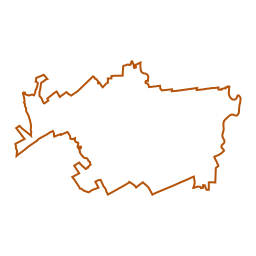 Probota, Iasi, Romania
{"feature_id": "2599482B12460610774115", "entity_name": "Probota", "entity_type": "district", "adm_level": 2, "iso_a3": "ROU", "parent_name": "Romania", "parent_adm1": "Iasi", "projection": "orthographic", "projection_center": [27.465, 47.391], "detail": "fine", "context": "isolated", "style": "outline", "palette": "amber", "viewbox_px": 256, "rotation_deg": 0, "n_neighbors": 0, "source": "geoboundaries", "source_scale": "gbopen_adm2", "svg_char_len": 5556}
<svg xmlns="http://www.w3.org/2000/svg" viewBox="0 0 256 256"><path d="M92.9,76.5L77.9,91.0L76.6,91.8L75.3,92.9L73.7,93.8L72.9,94.5L71.1,95.6L69.7,94.6L68.2,93.9L68.0,93.7L67.4,92.8L66.3,92.1L63.5,94.3L61.4,95.7L59.9,97.0L59.3,96.2L58.2,94.1L56.6,91.5L54.5,92.8L47.3,98.6L48.3,100.6L46.6,101.8L44.6,103.4L44.1,103.3L43.5,102.8L43.3,102.4L42.6,100.9L41.5,98.3L39.4,95.8L39.5,94.0L39.4,92.6L40.5,87.9L40.4,87.7L40.6,86.8L40.9,84.4L41.3,82.7L41.6,82.4L43.4,81.5L44.6,80.4L45.2,80.0L46.2,79.4L47.3,79.0L47.1,78.8L43.8,74.8L36.2,77.9L36.1,79.7L35.7,81.5L36.3,81.5L36.5,81.6L37.9,83.3L37.4,85.0L37.3,86.1L36.7,87.9L36.6,88.5L36.4,88.5L36.1,89.0L35.5,90.7L34.9,93.2L34.0,95.3L32.9,94.9L32.5,94.7L32.2,94.7L30.5,94.9L29.6,95.2L29.1,95.6L27.8,95.1L26.1,94.7L25.5,94.3L25.1,93.7L24.9,92.6L23.8,92.4L23.1,92.8L22.9,93.1L23.1,93.9L23.7,96.0L24.4,99.4L24.5,100.6L24.5,101.2L24.3,101.9L24.1,102.3L23.9,102.5L24.7,103.4L24.9,103.9L25.0,104.2L24.8,105.3L25.1,106.4L26.2,108.4L26.2,108.7L26.0,110.1L26.1,110.5L26.3,111.3L28.0,114.5L28.9,116.8L29.7,119.5L30.4,122.2L31.0,125.3L30.9,127.8L30.7,129.6L30.7,130.0L31.2,131.4L31.2,132.1L31.1,133.7L30.9,134.3L31.0,134.9L31.1,135.8L28.8,133.8L21.8,128.2L19.5,125.8L19.3,125.8L19.2,126.1L18.6,126.5L16.2,128.1L24.6,139.0L15.4,143.8L15.4,144.2L15.9,145.9L15.9,148.2L16.2,149.0L16.8,150.0L16.9,150.5L17.0,151.8L17.1,152.0L16.8,152.5L16.8,154.6L16.5,155.5L16.5,156.1L17.1,155.6L18.4,154.3L21.7,152.0L24.7,149.7L28.4,146.6L37.3,140.5L37.7,139.8L39.2,138.6L46.4,134.7L46.9,134.4L47.5,134.1L48.5,133.3L49.4,132.8L50.0,132.3L51.6,131.7L52.8,131.0L53.2,131.7L53.3,132.2L53.9,133.1L54.0,133.4L54.0,133.9L53.9,134.1L54.0,135.1L54.0,135.6L54.2,136.6L60.6,134.1L60.8,134.9L67.3,132.0L67.6,132.1L69.9,135.7L70.1,136.4L70.3,138.4L70.5,138.9L73.2,139.1L75.0,138.2L74.9,139.1L74.9,140.8L76.2,142.3L77.7,142.3L78.2,142.9L78.3,143.5L78.0,145.1L77.5,146.4L78.4,148.2L78.9,147.9L78.5,146.9L79.6,146.8L80.6,146.5L80.8,146.5L81.0,146.9L81.0,147.4L80.8,147.4L80.8,147.5L80.9,147.9L80.0,149.0L79.6,149.3L79.5,149.5L79.4,149.8L79.9,151.3L79.7,151.6L79.9,152.3L80.1,152.9L81.3,154.6L81.5,155.0L82.0,155.6L82.9,156.3L83.3,157.2L83.9,157.6L84.6,158.0L85.4,158.2L86.2,158.0L86.7,158.2L87.0,158.4L87.5,158.9L88.3,160.6L88.7,161.1L89.3,161.4L90.0,162.1L90.2,163.9L90.6,164.6L88.0,166.9L88.2,167.4L88.0,167.7L87.3,167.9L87.1,167.9L86.1,168.9L85.5,168.9L85.2,168.7L84.1,167.4L82.5,166.2L81.7,165.3L80.4,164.2L79.6,162.9L79.2,162.5L74.2,165.7L79.2,173.3L72.3,177.0L74.5,179.9L76.6,183.0L79.0,186.7L79.5,187.6L79.8,188.5L81.6,188.8L83.0,190.1L83.9,190.7L87.6,192.0L88.6,192.2L88.8,192.3L89.9,191.5L90.2,191.4L90.9,190.7L93.0,189.7L98.5,187.7L97.0,184.7L96.6,184.2L95.3,181.7L98.4,180.2L100.6,179.8L102.7,184.4L103.3,186.0L103.5,186.4L104.2,187.0L104.5,187.3L105.7,189.2L106.1,190.6L106.3,191.5L107.2,192.9L107.6,194.1L107.9,194.6L125.4,184.8L128.6,182.8L129.2,181.9L129.4,181.9L134.5,185.4L136.1,187.5L138.4,185.6L142.9,182.3L143.9,183.3L148.3,187.1L149.7,189.6L150.7,191.4L151.4,192.7L151.9,193.8L152.4,194.7L155.1,193.2L173.6,185.5L178.8,183.1L187.8,179.3L191.5,177.5L193.8,176.6L194.2,179.3L194.4,180.2L194.6,181.4L194.7,183.0L194.1,185.5L193.3,187.9L194.1,187.8L197.1,186.7L199.2,186.7L200.6,186.9L201.0,188.2L201.5,188.2L203.1,187.7L203.1,185.2L204.7,185.2L205.3,186.8L205.7,188.0L206.6,189.8L206.8,189.8L208.8,189.8L208.8,182.4L209.5,182.2L215.3,182.5L215.8,168.1L216.4,167.4L218.0,166.4L218.3,166.0L218.3,165.4L217.2,163.2L216.7,161.8L216.0,160.6L214.4,157.4L214.3,157.0L214.3,156.7L218.7,155.0L219.0,154.7L219.5,154.4L220.5,153.9L222.7,152.1L224.0,150.7L223.5,149.5L222.0,148.1L221.4,146.9L221.5,146.0L221.8,145.3L222.5,144.4L223.3,143.8L224.1,142.8L224.3,142.5L224.4,141.7L224.4,140.9L224.2,140.2L222.8,137.6L222.4,136.0L222.4,134.6L223.3,131.4L223.6,129.8L223.7,128.5L223.5,126.5L223.4,124.7L223.5,122.9L223.9,121.5L224.2,120.8L224.9,119.9L226.4,118.4L229.5,115.6L230.9,114.8L231.7,114.5L232.8,114.5L234.5,115.3L235.7,115.6L236.7,115.5L237.2,115.3L237.6,114.9L238.2,113.9L238.8,112.8L239.0,111.8L239.1,108.5L239.5,104.9L240.0,103.3L240.2,102.3L240.3,100.6L240.6,99.1L240.6,98.3L240.2,97.2L239.0,95.7L238.6,95.4L238.3,95.3L237.7,95.5L237.5,95.9L236.7,97.8L235.7,99.1L234.6,99.6L233.5,99.7L231.8,99.1L230.1,97.3L229.3,95.7L228.8,93.5L228.8,92.2L229.0,89.7L229.3,86.5L227.4,86.5L227.3,87.1L225.6,87.4L225.6,88.3L224.0,88.4L221.6,88.9L221.5,89.7L219.5,89.7L218.4,89.5L218.5,87.5L214.6,88.0L212.0,88.0L208.7,88.6L207.0,88.7L204.9,89.1L202.3,89.5L196.7,90.0L197.1,88.0L177.0,90.8L171.8,91.2L171.9,89.3L165.8,90.0L161.7,90.4L160.7,88.9L160.3,88.6L160.0,85.8L149.1,87.1L148.3,84.6L147.9,83.9L146.4,83.1L145.7,83.1L145.5,82.9L145.5,82.7L146.1,82.2L146.2,81.9L145.9,81.3L145.7,81.2L145.8,81.0L147.3,80.8L148.0,80.8L148.0,79.6L148.3,76.6L147.6,75.1L147.1,74.5L146.4,74.0L145.5,73.6L144.3,73.4L143.1,73.1L142.4,72.7L141.8,72.2L141.4,71.7L141.0,70.8L140.5,68.4L140.4,64.4L140.5,62.8L140.5,62.5L136.5,64.5L135.3,65.0L136.0,67.3L134.7,67.9L134.4,68.0L134.0,67.8L134.0,67.5L133.9,67.4L133.8,66.8L133.9,65.9L133.1,63.3L132.4,62.2L132.2,61.3L131.9,61.3L131.2,62.0L131.1,63.0L130.5,64.8L129.3,65.0L128.9,64.6L127.2,64.6L126.2,65.1L125.2,65.4L124.2,65.6L123.2,66.1L122.7,74.4L122.7,75.6L114.4,75.8L111.5,76.0L111.4,78.4L107.8,78.5L108.0,79.7L108.0,80.2L107.9,80.8L107.9,82.2L107.7,82.9L107.1,83.2L106.5,83.3L102.7,87.3L101.4,85.7L100.7,84.5L99.4,82.6L98.2,83.4L98.0,83.1L98.0,82.9L98.0,82.5L98.2,82.3L98.2,82.0L98.1,81.4L96.5,79.3L96.2,79.1L95.4,78.9L95.0,78.6L94.7,78.4L94.6,77.6L94.0,77.1L93.9,76.8L93.1,76.7L92.9,76.5Z" fill="none" stroke="#b45309" stroke-width="2"/></svg>